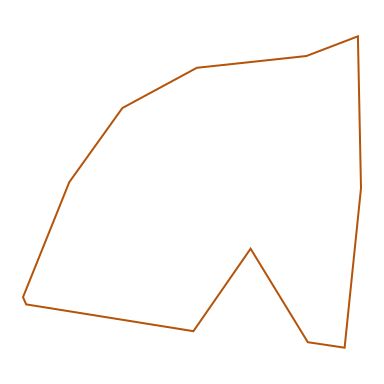 an SVG outline of Ngardmau
{"feature_id": "PLW-5253", "entity_name": "Ngardmau", "entity_type": "state/province", "adm_level": 1, "iso_a3": "PLW", "parent_name": "Palau", "parent_adm1": "", "projection": "equal_earth", "projection_center": [134.587, 7.599], "detail": "fine", "context": "isolated", "style": "outline", "palette": "amber", "viewbox_px": 384, "rotation_deg": 0, "n_neighbors": 0, "source": "natural_earth", "source_scale": "10m", "svg_char_len": 276}
<svg xmlns="http://www.w3.org/2000/svg" viewBox="0 0 384 384"><path d="M26.2,304.4L23.0,297.2L69.3,182.1L122.4,108.0L196.8,67.8L306.4,56.0L357.9,36.3L361.0,188.2L344.6,347.7L307.8,342.2L250.6,248.7L193.4,331.2L26.2,304.4Z" fill="none" stroke="#b45309" stroke-width="2"/></svg>